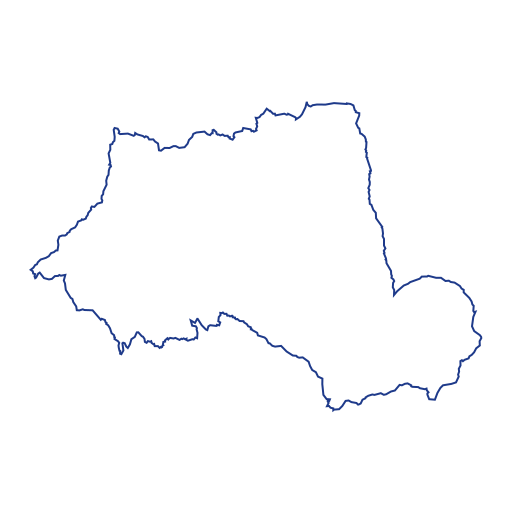 Bondowoso, Jawa Timur, Indonesia
{"feature_id": "22746128B61555758059649", "entity_name": "Bondowoso", "entity_type": "district", "adm_level": 2, "iso_a3": "IDN", "parent_name": "Indonesia", "parent_adm1": "Jawa Timur", "projection": "robinson", "projection_center": [113.922, -7.945], "detail": "fine", "context": "isolated", "style": "outline", "palette": "blue", "viewbox_px": 512, "rotation_deg": 0, "n_neighbors": 0, "source": "geoboundaries", "source_scale": "gbopen_adm2", "svg_char_len": 6062}
<svg xmlns="http://www.w3.org/2000/svg" viewBox="0 0 512 512"><path d="M463.7,289.8L461.6,288.6L459.9,286.0L454.6,282.6L450.8,282.0L448.8,280.7L445.5,281.0L441.0,277.8L436.1,277.8L428.2,275.8L427.1,276.5L421.8,276.6L419.7,278.7L410.2,282.1L408.0,283.8L403.8,285.5L397.2,291.2L394.0,295.0L394.2,290.0L392.8,287.3L393.1,282.9L394.2,281.1L393.4,279.4L391.4,277.8L391.9,275.9L391.2,274.4L391.0,270.9L386.5,263.2L386.3,260.5L385.6,259.6L386.1,259.1L385.8,258.0L383.9,253.4L384.5,252.9L383.8,250.8L385.4,248.4L384.0,245.6L384.0,238.9L382.6,236.2L383.0,233.5L382.4,228.6L381.7,227.3L382.2,226.8L376.1,218.3L375.8,212.8L373.3,209.9L371.4,204.8L369.8,203.9L369.5,199.7L368.8,198.8L369.7,196.4L368.6,191.9L369.5,190.0L368.3,188.1L369.7,184.8L369.8,182.0L369.0,179.5L369.6,176.6L369.2,174.1L370.4,173.4L369.9,171.3L370.8,171.2L371.0,170.4L367.1,158.6L367.3,157.7L366.3,157.0L366.8,152.7L365.9,151.9L366.2,150.4L365.4,149.5L366.1,147.9L366.5,142.0L365.9,141.6L365.8,139.4L364.7,136.6L361.6,133.9L360.2,133.5L359.3,128.4L358.2,127.8L356.1,123.4L359.2,115.6L359.3,113.2L355.8,112.2L355.8,111.0L354.8,110.2L353.4,105.4L350.6,104.0L346.8,103.4L346.7,104.0L334.0,103.1L325.5,104.6L317.1,104.5L312.7,105.2L310.7,106.5L308.9,105.9L307.3,104.2L306.8,101.8L305.5,107.2L302.0,114.3L299.9,116.8L295.9,119.4L296.0,118.0L295.2,117.2L288.1,113.8L287.9,114.4L286.6,114.7L284.3,113.7L275.5,115.4L274.9,113.7L273.1,113.8L270.3,110.9L269.9,111.2L266.7,108.7L263.3,113.7L261.1,114.9L259.5,117.1L257.3,118.0L255.8,117.8L257.3,122.9L256.4,123.7L257.2,126.4L256.0,129.0L256.6,130.4L253.9,131.7L253.0,130.8L251.5,131.2L250.7,129.4L243.2,128.0L242.2,131.0L235.4,132.5L234.0,133.6L233.5,136.2L234.4,137.2L232.6,139.7L229.6,138.5L229.8,137.2L228.4,137.1L227.7,135.7L224.6,135.9L222.6,134.5L220.3,135.4L218.5,134.4L217.8,134.7L216.5,133.8L216.4,132.3L213.7,129.8L212.6,130.2L212.6,133.2L211.7,133.2L210.1,135.1L207.5,134.3L204.5,131.6L196.4,132.5L193.3,133.9L192.2,136.9L189.0,139.9L187.6,143.7L184.6,147.2L179.2,147.9L175.7,146.1L173.5,146.1L169.6,148.0L164.6,147.9L161.0,150.7L159.0,150.3L158.0,143.5L155.0,141.5L153.3,139.4L149.2,139.5L147.7,137.0L145.8,136.3L144.6,137.3L142.9,136.0L137.3,134.4L135.2,133.0L134.8,135.0L133.7,135.8L127.9,133.6L120.1,134.1L118.7,133.1L119.3,131.5L117.7,128.7L114.6,128.0L113.7,129.8L114.7,136.9L114.4,140.8L112.9,142.2L112.3,144.0L110.2,144.7L110.3,149.8L108.6,153.4L110.3,162.8L109.2,164.7L110.6,165.0L111.0,166.5L109.8,167.5L108.8,170.5L108.5,174.9L107.3,176.6L106.2,180.7L106.6,184.7L103.4,191.2L103.1,194.3L101.7,195.9L101.5,198.9L102.3,200.4L101.9,202.4L97.4,203.6L94.4,206.9L91.8,206.5L90.9,208.0L91.2,209.6L88.3,212.8L87.6,215.3L86.4,216.7L85.8,218.6L83.0,219.8L81.9,219.3L81.2,220.4L78.0,221.6L76.9,224.7L75.1,227.4L71.2,229.2L69.8,230.7L69.6,231.9L67.2,233.2L66.8,234.4L65.1,235.5L62.2,235.5L59.3,236.6L57.8,240.6L58.4,244.8L57.5,250.4L55.8,250.5L54.0,252.1L51.1,253.1L48.8,256.2L45.8,257.9L40.7,259.5L37.8,262.3L36.9,264.3L35.2,265.0L33.4,267.7L30.7,269.8L32.8,271.3L33.2,273.5L35.1,274.1L34.5,276.3L35.2,278.2L36.1,277.6L38.2,273.6L39.7,272.6L44.0,278.1L48.9,279.4L51.9,278.9L54.9,276.1L58.2,275.9L59.3,275.0L60.9,275.7L65.3,274.9L63.8,280.5L65.0,283.4L65.8,289.9L70.7,297.9L72.4,298.9L73.3,302.1L76.2,306.4L76.8,310.2L79.4,310.4L82.8,309.3L84.3,310.0L92.6,310.3L100.8,319.8L101.7,318.8L104.9,320.0L105.5,322.1L106.6,323.0L106.2,323.9L108.2,325.3L110.0,328.3L111.6,333.2L114.1,335.2L114.3,337.3L114.9,337.5L114.5,339.0L118.0,341.2L119.2,342.8L118.5,345.5L118.8,347.8L119.5,350.8L120.2,351.0L120.1,353.7L121.3,354.2L123.4,350.5L122.4,343.3L123.1,342.7L124.7,343.2L126.3,346.6L127.8,348.0L129.9,344.4L131.4,339.2L134.8,336.9L136.8,332.4L138.3,332.3L141.8,336.2L143.0,336.7L144.5,338.9L144.9,341.9L146.6,342.8L147.9,341.1L150.0,341.7L151.2,341.2L151.6,342.9L153.7,344.4L154.2,344.1L154.7,346.1L157.9,346.1L159.6,347.9L160.7,347.0L161.2,347.5L162.1,347.0L162.4,345.7L163.3,345.2L162.9,344.6L163.4,341.9L165.1,341.6L165.0,340.4L167.1,338.5L167.9,339.2L168.0,338.5L168.7,339.0L170.1,337.9L173.5,338.5L175.4,337.9L179.5,339.9L181.4,338.7L182.3,339.1L183.7,338.4L185.0,339.2L186.4,338.7L186.2,339.8L187.9,340.7L192.4,339.2L193.7,339.5L195.4,337.5L197.1,338.2L197.5,332.9L196.6,329.3L196.9,328.1L195.9,326.3L192.2,325.7L190.7,320.4L195.0,322.9L197.2,318.9L197.7,318.9L201.7,325.2L205.9,329.5L207.3,330.1L208.4,326.3L210.2,325.2L216.0,325.9L216.6,325.9L216.9,324.8L219.2,325.3L220.2,322.4L218.3,321.3L218.8,317.0L220.5,315.1L220.3,312.9L221.9,313.1L222.9,312.5L224.3,313.9L226.5,313.8L227.3,315.7L228.8,315.5L230.0,316.4L232.1,315.7L232.7,316.2L232.7,317.3L235.0,317.6L235.0,318.4L236.1,319.3L237.4,319.0L239.6,321.0L243.5,321.2L244.1,322.4L246.9,324.2L248.2,326.3L250.7,327.2L250.8,329.0L251.4,328.7L252.1,330.0L257.2,332.8L257.9,335.4L264.6,337.5L266.4,339.1L268.5,343.2L269.7,343.3L272.3,345.8L275.1,346.6L281.1,345.9L286.6,351.5L292.8,355.5L296.4,355.8L297.3,357.0L299.2,357.7L302.7,357.4L308.6,361.7L310.1,366.1L312.2,370.0L315.9,372.2L318.0,376.6L322.4,378.6L322.3,384.2L323.4,394.9L326.6,399.1L329.9,399.3L329.3,400.8L327.8,400.3L327.7,401.5L328.6,402.9L327.0,406.2L329.0,406.0L330.5,407.7L333.3,408.4L333.3,410.2L334.1,409.6L339.1,409.2L342.3,406.0L345.6,400.9L348.6,400.5L351.4,402.1L356.5,403.0L358.0,404.6L358.7,404.5L360.7,403.5L362.5,399.7L365.4,398.3L365.6,397.4L368.2,395.8L372.3,394.5L374.5,394.9L380.8,393.2L383.8,394.8L386.1,394.3L391.0,391.5L394.9,390.5L399.6,384.9L401.9,385.3L404.9,383.8L407.6,383.4L411.2,385.3L411.2,386.3L412.3,386.8L418.3,387.1L419.8,388.2L424.8,389.2L426.5,388.6L426.8,390.3L428.5,392.3L427.4,393.4L427.4,394.6L429.2,399.2L434.9,399.7L437.5,392.8L440.4,387.9L443.0,385.3L451.4,383.9L456.0,382.4L458.7,376.6L458.1,374.6L459.1,371.6L458.8,368.8L460.5,365.5L460.4,361.1L461.9,360.2L462.9,361.2L464.6,359.8L468.6,358.4L469.4,356.3L471.7,354.9L474.1,352.3L476.2,348.3L479.8,345.5L479.6,341.2L481.3,338.1L481.1,336.8L479.8,335.1L474.2,331.1L472.0,326.3L473.3,316.9L475.5,311.7L474.1,312.1L473.3,310.9L473.7,305.8L472.4,304.5L471.6,301.5L469.3,297.9L463.7,292.4L463.7,289.8Z" fill="none" stroke="#1e3a8a" stroke-width="2"/></svg>